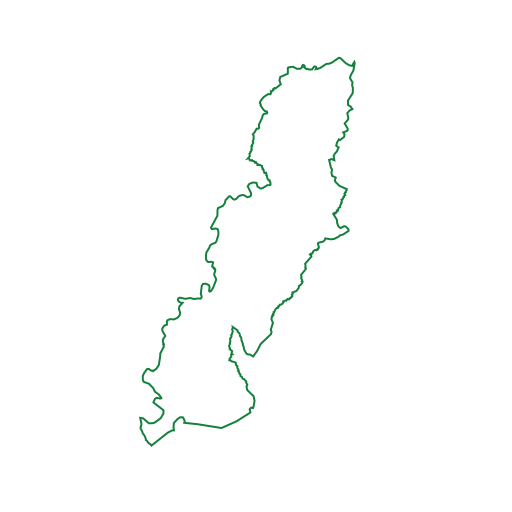 outline of Kumbungu, Northern, Ghana, rotated 215°
{"feature_id": "2480657B99246651758289", "entity_name": "Kumbungu", "entity_type": "district", "adm_level": 2, "iso_a3": "GHA", "parent_name": "Ghana", "parent_adm1": "Northern", "projection": "natural_earth1", "projection_center": [-1.057, 9.798], "detail": "fine", "context": "isolated", "style": "outline", "palette": "green", "viewbox_px": 512, "rotation_deg": 215, "n_neighbors": 0, "source": "geoboundaries", "source_scale": "gbopen_adm2", "svg_char_len": 6106}
<svg xmlns="http://www.w3.org/2000/svg" viewBox="0 0 512 512"><g transform="rotate(215 256 256)"><path d="M202.7,260.6L203.1,261.6L204.0,261.5L204.2,262.7L206.3,263.7L206.8,265.2L207.9,265.8L208.3,267.0L207.7,273.5L208.0,274.5L209.0,274.7L209.3,275.8L211.3,277.9L210.3,287.3L211.5,288.3L212.6,288.1L212.6,289.1L211.3,290.3L211.8,292.7L211.4,294.2L210.5,295.3L209.6,295.5L209.1,296.8L209.7,297.3L209.2,298.4L209.6,299.4L212.3,301.5L212.5,302.7L209.3,306.2L208.8,308.4L209.3,310.2L204.4,312.5L201.8,314.8L199.5,319.0L199.1,321.0L197.0,323.5L194.6,329.7L195.7,331.0L199.3,331.6L200.9,331.0L202.7,327.4L205.1,327.4L208.4,329.5L210.5,332.1L216.9,334.8L216.8,335.5L215.9,335.7L216.1,336.6L215.3,336.8L215.1,338.0L215.6,338.7L215.0,339.6L215.7,340.0L215.1,340.7L215.9,342.7L215.1,344.1L216.0,345.6L216.3,348.6L216.8,348.6L217.4,350.7L218.3,351.3L217.6,352.3L218.2,354.5L217.8,354.8L218.3,355.4L217.8,357.1L219.3,357.8L219.0,359.2L219.4,359.2L219.4,361.7L220.2,362.2L220.1,362.8L228.0,361.3L233.3,362.3L234.7,363.0L235.7,366.0L239.6,365.3L242.0,367.5L243.2,370.4L245.2,371.3L251.2,376.6L250.4,377.4L250.0,378.7L246.8,379.4L249.8,382.5L250.1,385.4L249.7,387.8L250.6,392.3L253.5,392.3L254.7,395.3L255.0,399.1L253.7,399.1L252.1,404.1L253.3,406.5L255.5,407.3L253.3,410.3L253.1,411.9L254.1,413.0L259.4,415.4L258.8,420.7L260.1,422.6L263.2,425.4L262.8,429.0L261.3,431.6L264.2,432.7L267.2,432.5L269.8,436.1L270.2,444.9L273.0,449.2L275.1,450.9L276.6,453.6L280.9,455.5L282.0,458.0L282.6,463.7L285.7,470.5L286.8,471.3L286.6,468.6L286.0,467.6L286.2,466.9L288.7,465.8L292.9,465.4L300.2,466.5L301.8,465.9L304.8,457.9L306.3,455.6L308.6,453.6L311.2,447.0L312.7,444.8L314.2,443.3L314.5,444.9L315.7,445.4L317.0,444.6L317.1,441.0L319.8,439.0L321.4,438.8L321.9,438.0L324.6,438.1L324.9,439.4L326.1,439.8L327.2,439.4L327.2,438.0L326.5,437.5L327.0,435.0L327.6,434.4L329.9,432.8L334.1,432.3L337.5,429.2L337.8,428.3L334.5,423.6L338.8,416.6L337.6,413.4L334.2,410.8L336.2,404.4L337.0,404.4L337.6,403.1L337.7,402.3L336.9,402.0L337.7,399.6L337.4,398.7L337.8,398.8L337.1,397.9L337.1,396.6L338.8,395.8L340.8,390.9L341.2,387.3L341.0,384.6L340.7,383.6L339.1,383.0L338.6,381.9L334.4,380.3L331.9,379.8L330.1,380.6L329.1,380.1L328.9,379.0L330.9,377.1L331.2,375.3L330.2,372.5L328.9,365.1L326.9,362.8L327.2,361.5L328.5,360.7L328.1,356.3L328.4,353.9L326.8,353.1L324.9,350.2L324.4,348.0L323.2,347.3L322.9,344.4L322.2,344.0L322.6,343.1L321.5,342.1L321.0,340.6L320.4,340.5L320.1,339.7L320.4,338.0L319.8,337.5L320.0,335.9L318.3,334.3L318.6,331.3L318.2,331.8L317.1,331.7L315.8,330.8L314.3,332.2L313.8,331.7L312.2,332.5L310.7,332.0L310.8,332.5L309.8,332.9L308.5,332.2L307.0,332.3L306.8,331.5L305.2,332.7L302.6,333.2L301.7,331.9L300.7,331.7L300.4,330.9L299.5,331.1L297.0,328.9L296.5,328.9L295.7,330.0L294.1,328.9L293.8,327.9L292.9,327.8L291.2,326.1L289.6,325.4L288.2,325.8L287.9,325.0L286.6,324.7L285.0,322.8L285.2,322.1L287.4,320.4L289.4,315.5L290.9,313.9L294.5,313.7L297.6,316.2L300.6,314.5L302.8,311.4L302.8,308.4L296.1,304.6L295.1,303.3L294.8,301.7L296.7,299.2L300.9,298.9L302.5,297.8L304.3,295.4L305.0,291.4L305.9,289.9L307.2,289.4L311.2,290.1L312.2,289.6L313.0,284.4L311.9,281.5L311.8,278.2L314.6,273.4L313.9,271.6L310.7,266.8L309.2,253.5L307.6,252.7L304.8,255.4L302.8,256.0L300.9,254.5L298.9,251.7L296.8,245.1L296.9,243.5L298.8,240.7L299.7,238.3L299.0,235.9L298.7,230.6L297.6,228.3L295.4,225.1L293.9,223.9L291.7,223.6L288.9,225.9L287.4,226.1L285.9,222.2L283.5,222.4L284.9,221.8L282.9,222.2L281.6,221.6L281.1,220.8L282.5,221.8L284.0,221.8L281.7,221.2L280.7,220.1L280.1,217.6L279.1,216.3L275.7,214.4L274.9,213.4L272.9,205.4L272.7,201.5L273.5,200.3L274.4,200.5L276.0,203.6L277.7,205.1L281.3,204.5L283.4,202.6L283.3,200.4L279.5,193.3L277.4,191.8L276.8,190.7L277.0,189.2L279.3,187.9L282.2,185.1L285.9,183.8L289.3,180.4L294.5,178.2L295.3,176.6L294.6,175.0L293.0,174.4L290.9,174.6L289.3,175.5L289.9,170.8L288.8,168.5L285.5,165.9L284.5,163.6L284.8,160.6L286.7,157.1L290.2,155.0L291.7,152.5L291.5,151.3L289.6,148.7L291.2,146.4L291.2,143.0L290.4,141.6L288.7,140.5L284.5,138.5L284.3,134.0L282.9,132.2L280.7,130.8L280.3,129.7L282.1,131.4L279.5,128.7L278.5,121.2L277.0,119.0L273.1,111.0L272.9,106.8L274.1,103.0L274.4,103.3L275.9,102.0L279.1,102.0L280.4,100.9L280.5,95.6L279.9,92.8L277.6,89.5L275.6,88.5L270.4,90.0L264.3,88.8L261.0,86.9L256.2,86.8L252.3,85.6L252.0,85.1L252.4,84.5L255.8,82.9L256.5,81.9L256.8,80.8L256.0,77.2L243.3,76.6L241.5,73.9L241.0,68.6L243.4,61.5L244.6,59.9L247.8,57.5L255.3,58.3L258.0,57.0L253.4,52.6L252.1,49.2L251.2,48.2L249.3,47.5L246.8,45.6L244.7,45.1L241.8,43.4L240.7,42.1L239.2,42.1L236.8,41.1L234.7,41.3L232.9,40.7L226.9,60.8L224.6,65.1L223.2,66.1L225.4,68.5L227.5,72.1L226.8,77.3L225.6,80.4L223.4,81.9L220.8,80.7L219.6,79.6L219.1,78.2L207.2,84.8L185.6,95.3L177.2,109.3L170.8,124.6L173.3,126.8L173.0,129.1L171.2,129.8L171.8,131.6L174.1,136.5L177.6,139.8L186.4,141.2L189.0,143.8L189.1,145.4L191.6,146.8L191.9,147.5L195.1,148.3L196.7,147.9L198.3,148.9L199.8,148.7L201.1,150.2L201.9,150.0L204.1,151.8L204.8,151.6L205.1,152.7L207.3,153.7L208.1,155.1L209.9,155.2L211.2,156.8L212.0,157.0L215.7,155.7L216.9,156.0L218.0,155.3L218.7,156.8L218.5,159.3L219.8,161.0L219.0,162.0L220.1,162.1L221.0,164.4L224.2,164.6L224.4,165.5L226.4,166.7L227.0,169.3L227.7,169.8L227.9,171.1L229.9,173.6L229.6,174.3L230.0,176.2L231.0,177.0L230.8,177.7L231.7,180.8L233.5,182.2L233.6,183.6L234.4,184.5L228.5,184.5L227.6,183.4L225.3,183.2L222.7,181.0L221.4,180.8L219.6,178.7L216.1,176.3L215.7,175.4L214.1,174.7L212.3,172.7L208.3,170.7L206.8,170.5L204.4,171.8L200.7,172.1L200.6,178.7L201.7,186.7L198.9,200.7L199.8,202.9L201.6,204.0L203.7,210.8L207.1,213.1L207.6,214.0L207.9,215.8L208.4,215.9L207.9,217.3L208.6,217.5L208.8,218.4L208.4,218.5L208.9,220.0L209.3,220.2L209.0,220.7L209.5,223.6L209.1,225.5L208.2,226.2L208.9,227.6L208.3,228.1L208.6,229.7L207.8,230.3L206.9,232.4L207.6,234.3L207.0,234.5L207.2,235.2L206.3,236.5L205.5,236.8L205.6,238.8L203.9,239.5L204.1,240.6L203.5,241.4L203.8,241.7L203.1,243.7L204.4,244.9L204.0,245.3L204.3,246.4L205.2,246.9L202.8,250.6L202.7,254.6L203.7,256.0L202.9,257.9L202.7,260.6Z" fill="none" stroke="#15803d" stroke-width="2"/></g></svg>